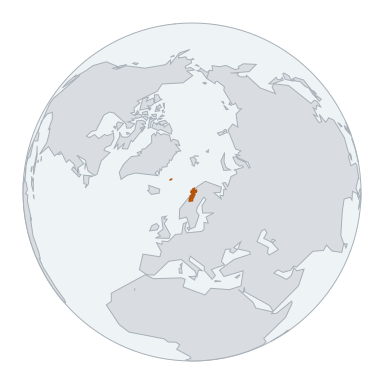 globe centered on Nordland
{"feature_id": "NOR-75", "entity_name": "Nordland", "entity_type": "County", "adm_level": 1, "iso_a3": "NOR", "parent_name": "Norway", "parent_adm1": "", "projection": "orthographic", "projection_center": [13.986, 68.065], "detail": "fine", "context": "on_globe", "style": "filled", "palette": "amber", "viewbox_px": 384, "rotation_deg": 0, "n_neighbors": 0, "source": "natural_earth", "source_scale": "10m", "svg_char_len": 15784}
<svg xmlns="http://www.w3.org/2000/svg" viewBox="0 0 384 384"><circle cx="192" cy="192" r="169" fill="#eef3f6" stroke="#a8b0b8"/><path d="M23.3,182.1L23.5,184.7L24.9,177.0L25.4,172.6L25.0,170.9L27.9,155.2L30.9,147.1L49.7,103.5L53.7,98.0L57.1,95.3L80.0,75.3L62.4,87.8L68.1,81.6L75.8,75.3L75.3,76.8L85.6,70.9L93.0,65.6L106.4,61.8L117.6,66.5L112.9,68.3L116.2,69.4L122.2,67.3L125.5,65.7L144.8,68.2L165.4,64.7L170.6,59.9L170.5,64.0L179.5,52.8L189.9,49.5L178.9,55.6L178.4,58.0L185.8,56.8L186.8,59.1L191.0,59.9L191.6,62.8L185.2,66.4L185.4,68.4L190.7,67.5L194.5,70.0L186.8,71.0L192.8,75.5L183.1,82.8L162.0,84.0L157.3,91.2L137.4,101.0L139.9,102.9L134.0,108.0L134.6,112.1L130.8,113.0L134.7,115.5L138.1,114.0L140.9,114.7L141.7,117.0L136.8,118.4L135.8,117.5L134.7,119.1L132.0,118.9L133.7,120.3L127.8,121.9L134.7,123.8L130.8,128.0L126.6,128.1L125.8,123.5L113.9,113.0L109.4,112.0L103.9,115.1L96.0,130.4L91.5,131.4L86.4,136.1L89.4,137.6L94.5,134.5L98.8,138.6L104.6,134.5L107.2,135.6L113.6,133.4L113.9,138.8L110.8,145.2L105.5,147.4L103.9,150.4L110.0,152.5L101.2,160.8L97.2,173.9L94.8,175.6L88.1,171.1L85.4,160.2L76.8,155.2L83.7,163.7L77.5,168.1L77.0,171.1L78.1,174.0L81.0,174.4L79.1,177.1L71.6,169.5L73.2,166.9L75.6,169.3L74.2,164.3L69.2,159.6L66.4,162.4L61.6,152.9L59.6,154.8L57.4,154.0L61.0,151.4L54.5,155.9L48.5,146.7L39.6,154.3L46.9,142.3L48.7,135.7L50.0,128.5L48.5,129.5L52.3,119.0L52.3,112.3L47.1,114.0L41.6,121.2L37.9,132.2L39.1,133.3L37.8,140.9L33.6,141.0L30.4,155.9L27.7,159.0L26.1,165.4L25.7,171.9L25.0,180.3L26.2,182.8L27.5,189.8L25.6,193.7L27.8,194.9L27.4,201.4L31.0,217.9L30.3,217.5L33.0,235.8L38.9,252.7L40.3,258.9L39.3,258.8L42.0,264.4L42.1,265.5L55.5,287.2L64.6,299.9L65.8,303.2L61.1,298.9L61.2,299.0L53.6,288.9L46.8,278.4L40.8,267.3L35.6,255.9L31.3,244.1L27.8,232.0L25.3,219.7L23.7,207.2L23.1,194.6L23.3,182.1ZM37.1,155.7L33.6,174.8L33.2,166.1L33.7,167.2L35.1,161.9L36.8,153.1L37.1,145.8L37.1,155.7ZM174.1,24.0L175.1,23.9L173.9,24.0L174.1,24.0ZM41.0,159.3L41.4,156.3L41.3,159.0L41.0,159.3ZM126.7,64.6L122.2,67.0L116.4,68.2L120.0,65.9L126.7,64.6ZM138.0,63.3L136.2,64.9L132.8,63.3L134.9,62.8L138.0,63.3ZM174.1,56.1L170.3,57.2L173.7,55.4L174.1,56.1ZM191.5,59.5L192.3,58.5L194.1,59.4L191.5,59.5ZM112.9,130.7L113.2,132.0L111.9,131.7L112.9,130.7ZM115.4,128.5L113.7,127.2L114.6,126.0L115.7,126.8L115.4,128.5ZM196.7,64.7L199.4,66.5L195.5,65.3L196.7,64.7ZM117.4,130.5L116.5,124.0L118.2,121.9L123.6,123.4L117.4,130.5ZM200.3,67.9L207.0,72.4L209.3,70.5L206.7,78.5L201.8,71.9L196.7,70.7L200.0,69.9L200.3,67.9ZM138.9,112.5L135.2,114.3L137.6,110.7L138.9,112.5ZM139.7,110.1L142.8,98.5L148.5,97.2L146.3,101.3L153.2,98.1L154.4,103.1L150.9,106.0L147.0,105.8L150.4,107.9L139.7,110.1ZM204.1,82.3L204.8,84.0L202.9,82.9L204.1,82.3ZM142.3,114.7L142.4,112.4L147.3,111.1L148.0,115.4L146.2,114.4L142.3,114.7ZM154.4,94.8L158.1,94.7L160.2,98.7L161.9,99.3L154.9,103.1L154.4,94.8ZM145.4,115.9L148.2,117.7L146.5,120.5L142.5,116.8L145.4,115.9ZM148.4,108.9L150.7,108.6L149.6,110.2L148.4,108.9ZM142.1,131.5L142.2,128.7L144.7,127.7L142.1,131.5ZM149.3,118.2L149.9,117.2L150.9,116.6L152.4,118.3L149.3,118.2ZM156.8,105.8L156.9,107.5L159.8,104.4L161.5,107.4L156.5,109.5L159.3,109.8L159.8,110.8L155.2,111.4L156.8,105.8ZM156.9,118.1L151.1,122.0L150.5,127.4L148.1,128.3L149.6,119.5L156.9,118.1ZM156.3,114.1L156.1,116.8L153.3,116.6L151.7,114.6L156.3,114.1ZM164.4,108.7L163.1,103.6L164.3,103.3L164.4,108.7ZM157.3,119.7L158.6,118.8L157.5,120.1L157.3,119.7ZM162.8,112.1L162.2,110.3L163.5,110.0L162.8,112.1ZM161.9,118.4L160.0,119.6L158.9,118.3L161.9,118.4ZM162.8,115.6L164.7,115.7L159.6,117.1L162.3,114.8L162.8,115.6ZM164.1,112.2L164.7,111.4L164.2,113.0L164.1,112.2ZM167.4,122.9L161.2,125.0L158.6,122.0L165.0,120.3L167.4,122.9ZM190.3,361.0L185.4,360.1L191.0,358.4L189.8,356.4L176.7,349.3L179.7,344.7L175.9,342.2L168.3,342.0L163.8,338.7L159.1,337.9L129.0,332.1L119.3,324.7L106.3,305.0L111.4,301.2L111.3,293.2L145.3,274.7L153.6,278.7L181.5,277.9L185.2,279.3L183.1,286.9L205.0,295.0L210.7,288.3L229.4,289.6L241.0,286.0L243.2,270.8L224.0,276.5L219.5,270.2L234.0,259.5L250.5,254.1L249.3,251.5L237.9,249.0L240.7,241.9L233.8,247.5L237.3,249.6L233.1,253.2L229.6,251.6L230.8,249.1L225.5,249.3L221.4,261.4L224.6,264.8L211.4,269.5L215.4,275.6L212.1,279.3L204.2,270.3L204.2,266.4L190.3,256.2L189.0,260.6L202.1,270.7L198.5,270.2L196.9,276.6L195.2,271.3L181.3,259.5L168.7,261.3L154.3,275.1L146.6,274.7L139.4,269.6L143.0,254.1L159.8,256.8L161.3,251.6L156.5,242.7L162.0,244.4L162.1,241.1L168.3,241.6L175.6,234.4L181.7,233.9L183.3,223.7L186.6,222.2L184.8,228.6L186.7,232.9L201.7,231.4L204.2,228.9L204.0,222.5L208.2,223.0L206.1,217.0L214.0,212.9L202.6,213.0L202.0,205.7L206.1,199.4L203.8,197.1L197.2,207.5L196.4,211.7L199.1,215.2L195.1,227.0L190.3,229.1L186.6,217.1L179.3,219.0L179.6,209.0L197.3,186.6L205.3,181.3L221.5,187.2L220.4,192.4L214.0,192.8L221.1,198.9L220.0,195.3L223.4,195.8L223.8,189.3L226.2,189.4L222.4,183.1L225.4,182.5L227.8,186.5L231.0,176.6L236.9,173.7L236.5,171.4L234.3,169.9L243.3,167.4L242.6,165.8L239.3,166.0L235.7,163.2L232.8,157.2L236.1,156.7L237.6,158.8L245.7,162.4L249.1,168.2L250.2,167.4L248.0,162.3L238.1,157.8L235.5,154.4L240.4,155.7L238.4,155.0L238.1,153.1L240.9,150.8L235.6,149.0L228.0,130.1L232.7,124.0L237.9,127.2L236.0,114.1L241.4,108.7L238.4,108.9L235.5,103.0L233.7,104.6L232.1,104.2L223.8,90.3L224.4,86.8L217.4,81.3L215.8,81.5L215.0,83.7L206.7,78.5L209.3,70.5L212.7,70.6L212.0,65.7L219.8,66.7L226.0,65.4L235.0,69.6L239.1,68.4L238.3,66.6L243.4,63.8L256.3,64.4L249.1,71.6L230.4,73.1L238.3,73.0L237.5,75.4L240.9,76.9L246.4,76.8L246.5,75.3L260.3,88.0L275.5,93.7L272.1,87.0L274.2,83.8L288.5,85.5L311.1,103.5L314.2,100.2L317.2,101.3L320.8,106.9L316.5,105.4L316.3,109.4L313.3,107.8L317.7,116.6L313.6,114.7L319.0,122.6L321.6,121.6L319.3,114.4L325.7,122.3L328.8,117.8L333.8,120.2L344.4,137.8L348.2,151.7L349.4,153.5L348.5,157.1L350.9,165.8L355.6,163.1L356.8,165.3L359.0,179.4L358.4,178.2L356.0,187.7L358.2,194.7L360.1,188.7L360.9,189.9L360.6,196.0L359.5,195.5L358.6,198.7L356.9,193.5L352.5,191.4L352.0,200.2L350.2,197.3L344.1,199.0L342.3,211.5L340.8,235.2L343.7,243.7L341.8,252.4L332.0,251.0L326.4,245.0L323.6,250.4L312.9,251.3L296.6,267.1L293.6,266.0L290.7,270.2L283.0,272.4L278.1,269.8L273.8,273.0L286.6,279.4L291.2,275.7L294.0,267.7L296.8,270.8L304.1,269.1L298.5,285.8L273.2,311.3L269.6,305.5L244.6,291.7L244.7,288.6L244.5,288.3L244.2,287.8L243.0,293.2L238.3,289.5L252.9,302.2L255.8,308.1L272.8,311.9L271.5,313.7L276.7,313.2L291.7,301.1L292.1,303.3L285.6,317.3L263.7,338.5L266.0,341.6L263.4,344.7L248.5,351.2L237.2,354.8L225.7,357.6L214.0,359.5L202.2,360.7L190.3,361.0ZM135.0,288.2L134.4,290.8L135.0,288.2ZM269.2,255.0L278.4,249.6L272.3,242.9L275.3,240.3L272.1,239.1L271.8,242.4L263.7,238.3L266.9,232.8L264.8,229.2L261.6,230.9L257.0,241.6L268.5,247.5L267.3,252.6L269.2,255.0ZM31.2,218.3L31.4,221.1L30.6,218.4L31.2,218.3ZM31.8,166.3L31.7,169.8L31.2,172.1L31.1,169.7L31.8,166.3ZM33.7,195.0L34.2,199.2L33.2,195.4L33.7,195.0ZM33.3,177.8L33.3,191.7L31.5,184.9L31.7,176.2L32.3,181.3L33.3,177.8ZM38.5,159.8L38.1,162.2L37.4,162.2L38.5,159.8ZM40.9,161.3L40.9,160.6L41.6,159.0L40.9,161.3ZM78.0,168.5L78.5,169.2L79.0,172.4L77.6,171.4L78.0,168.5ZM88.4,184.0L85.2,188.0L86.5,184.4L83.9,183.6L83.4,175.2L93.5,176.0L89.0,177.1L88.4,184.0ZM85.6,164.4L84.8,169.5L85.3,163.9L85.6,164.4ZM156.5,223.5L159.1,226.2L157.3,229.8L149.6,230.9L152.0,225.6L156.5,223.5ZM163.1,229.1L161.6,217.1L166.3,216.1L163.9,218.7L167.2,219.2L164.2,223.5L170.2,234.5L169.1,238.4L155.4,238.0L160.5,235.9L157.7,233.4L163.1,229.1ZM149.3,190.0L148.7,185.3L159.8,189.2L159.1,193.2L151.3,194.4L147.6,190.4L149.3,190.0ZM127.2,134.5L126.3,132.8L127.6,132.4L129.5,133.5L127.2,134.5ZM141.9,130.3L132.7,141.8L131.2,140.3L127.6,149.0L122.2,148.7L124.6,143.0L117.8,149.4L117.9,144.1L113.7,148.9L119.8,136.3L119.5,132.0L121.9,136.9L126.9,137.3L129.0,136.2L134.8,129.9L136.7,121.0L142.0,120.2L145.2,121.9L145.6,123.9L142.0,123.8L145.0,126.6L140.1,128.0L141.9,130.3ZM179.8,145.7L175.5,144.3L180.7,150.9L175.9,152.0L176.8,152.7L173.7,155.5L171.6,160.3L169.2,160.0L169.4,162.0L167.4,164.0L166.9,166.7L162.4,167.2L161.4,170.6L159.9,168.9L159.3,174.6L157.8,170.7L155.0,173.0L158.0,175.6L135.4,173.0L127.1,175.3L121.1,179.4L119.2,172.4L123.6,164.2L131.3,156.6L139.5,155.6L137.2,152.7L140.4,151.4L140.9,154.2L142.1,149.1L144.9,148.8L151.7,142.6L151.6,135.7L154.1,133.3L155.6,135.9L157.0,131.8L161.4,135.1L163.3,133.6L169.5,135.4L171.1,141.4L173.1,139.2L177.9,140.6L179.8,145.7ZM169.1,123.6L172.1,130.3L171.0,134.3L160.7,129.5L158.4,130.5L151.8,127.7L153.6,122.1L155.3,123.4L157.4,123.3L156.0,125.1L158.7,123.6L161.2,125.4L163.9,124.8L164.2,127.1L169.1,123.6ZM188.7,276.3L191.4,276.6L195.6,276.0L194.6,280.1L188.7,276.3ZM179.0,268.4L181.4,267.9L182.1,273.3L179.3,273.1L179.0,268.4ZM182.1,263.2L181.5,267.5L180.1,265.0L182.1,263.2ZM186.9,227.8L189.3,227.0L189.8,228.4L188.8,230.7L186.9,227.8ZM194.1,166.3L191.9,164.7L192.4,163.6L190.1,158.0L193.5,156.9L196.3,159.8L194.1,166.3ZM240.3,274.4L237.3,278.2L235.3,277.5L236.8,276.3L240.3,274.4ZM215.1,280.6L221.2,281.3L214.8,281.7L215.1,280.6ZM197.4,164.1L196.1,161.9L198.6,162.7L197.4,164.1ZM195.9,155.8L198.8,156.2L193.7,156.1L195.9,155.8ZM271.4,341.1L274.2,339.3L282.8,334.1L287.3,330.4L289.0,330.2L285.3,332.9L271.4,341.1ZM360.6,203.4L358.3,209.6L359.2,203.9L361.0,192.3L361.0,192.8L360.6,203.4ZM358.3,162.2L355.3,149.0L354.6,146.2L358.3,162.2ZM344.3,243.6L347.3,244.1L345.9,247.9L344.3,243.6ZM351.9,138.7L354.8,147.4L351.6,138.4L351.9,138.7ZM349.0,132.3L349.7,133.2L349.7,134.4L349.0,132.3ZM351.1,155.4L351.7,159.9L350.9,159.1L349.6,152.9L351.1,155.4ZM337.7,122.4L340.8,124.8L342.0,126.5L340.8,126.9L337.7,122.4ZM224.6,152.5L224.0,161.5L225.9,167.4L230.4,169.9L223.7,170.4L220.9,161.2L224.6,152.5ZM227.2,132.9L223.2,130.9L225.1,129.4L226.2,129.6L227.2,132.9ZM224.8,133.4L219.6,135.6L217.4,133.0L221.9,131.7L224.8,133.4ZM208.6,149.8L208.2,152.5L206.2,151.7L208.6,149.8ZM349.6,131.1L349.7,131.3L351.5,136.2L347.0,124.9L347.0,124.7L349.6,131.1ZM348.2,128.0L350.0,132.6L347.6,126.9L348.2,128.0ZM350.0,132.9L349.3,131.9L348.4,129.0L350.0,132.9ZM347.5,126.1L345.7,122.9L346.0,122.8L347.5,126.1ZM347.5,130.0L346.9,125.7L349.2,133.3L345.4,129.2L344.2,125.4L347.5,130.0ZM316.3,93.9L314.5,93.8L312.3,90.4L314.2,91.4L316.3,93.9ZM303.4,79.9L311.1,89.5L317.0,97.7L316.9,95.9L321.3,99.1L319.5,101.1L312.8,94.2L309.0,88.3L305.0,86.3L300.2,81.6L296.0,81.1L292.7,78.9L295.3,77.5L303.4,79.9ZM294.3,81.3L285.3,79.4L282.7,73.9L284.1,73.0L289.3,76.2L290.4,78.9L294.3,81.3ZM282.3,77.4L283.2,80.1L271.9,84.1L268.9,83.7L276.1,77.3L277.4,79.6L280.6,79.6L282.3,77.4ZM206.4,83.3L204.9,83.9L205.4,82.4L206.4,83.3ZM231.2,105.2L229.0,104.5L229.6,102.7L231.2,105.2ZM223.2,101.6L224.1,104.1L221.8,101.6L223.2,101.6ZM226.2,109.8L223.7,105.2L228.1,109.3L226.2,109.8Z" fill="#d9dde1" stroke="#a8b0b8" stroke-width="1"/><path d="M196.5,190.5L196.5,190.9L196.6,191.4L196.3,192.1L195.7,191.8L195.1,192.4L194.8,193.4L194.5,193.6L194.4,193.9L194.8,194.5L194.8,194.9L194.4,195.4L193.7,196.6L193.8,197.3L193.3,197.6L192.7,197.7L192.8,198.7L192.7,199.0L192.7,200.1L192.5,200.3L192.4,200.7L191.0,200.7L190.5,201.2L189.8,201.0L189.8,200.9L190.3,200.6L190.7,200.1L190.2,200.6L190.2,200.4L190.4,200.3L189.8,200.3L190.2,199.9L190.4,200.0L190.2,199.7L190.4,199.9L190.3,199.7L190.5,199.7L190.3,199.7L190.3,199.3L190.2,199.5L190.2,199.3L190.1,199.5L190.0,199.2L190.2,198.9L190.4,199.0L190.5,199.1L190.3,198.8L190.5,198.7L190.3,198.6L190.4,198.3L190.6,198.2L191.0,198.5L191.0,198.2L190.7,198.1L190.9,197.8L190.4,197.9L191.5,197.4L191.4,197.5L191.5,197.5L191.5,197.8L191.8,197.7L191.6,197.5L192.2,197.2L191.6,197.4L191.5,197.2L190.9,197.6L191.0,197.3L191.5,197.2L191.2,197.0L190.9,197.1L191.0,196.9L191.0,196.7L190.8,196.5L191.0,196.5L191.3,196.7L191.2,196.7L191.6,196.6L191.4,196.4L191.7,196.3L191.1,196.5L191.1,196.3L191.3,196.2L191.0,196.2L191.5,196.2L191.1,196.0L191.7,196.0L191.9,195.9L191.5,196.0L191.5,195.9L191.4,195.8L192.0,195.8L191.7,195.6L191.5,195.4L192.0,195.2L191.9,195.3L192.0,195.4L192.1,195.0L192.3,195.2L192.7,195.1L192.3,194.9L192.4,194.7L192.5,194.6L192.5,194.8L192.9,194.8L192.6,194.6L193.1,194.5L193.2,194.8L193.1,194.7L193.3,194.5L193.6,194.7L193.6,194.8L193.6,194.5L194.0,194.6L193.2,194.4L193.3,194.2L192.8,194.5L192.7,194.5L192.8,194.3L192.4,194.4L192.7,193.9L193.0,194.0L193.2,193.8L192.9,193.8L192.8,193.7L193.2,193.4L193.3,193.5L193.2,193.5L193.4,193.6L193.3,193.9L193.6,193.7L193.9,194.3L193.9,194.2L193.7,193.7L194.2,193.5L193.4,193.6L193.4,193.4L193.7,193.4L193.3,193.3L193.5,193.1L193.9,193.1L193.6,193.0L193.8,192.9L194.0,193.1L193.8,192.9L193.6,192.8L193.6,192.6L193.3,193.0L193.0,193.2L192.8,193.2L193.0,193.1L192.9,193.0L193.3,192.9L192.9,192.7L193.2,192.6L193.4,192.6L193.7,192.4L193.7,192.5L194.0,192.3L194.1,192.5L194.3,192.1L194.1,192.1L193.8,192.1L193.7,192.0L193.4,192.1L193.8,191.7L193.9,191.9L193.8,192.0L194.0,191.9L194.2,191.4L194.3,191.7L194.3,192.1L194.5,192.5L194.8,192.7L194.5,192.5L194.5,192.2L194.8,192.4L194.6,192.1L194.8,192.2L194.6,192.0L195.0,191.9L194.5,191.9L194.9,191.6L194.7,191.5L194.4,191.5L194.6,191.4L194.3,191.3L194.5,191.2L195.1,191.7L194.8,191.3L194.4,191.1L194.9,190.9L195.1,191.0L195.4,191.0L195.7,191.3L195.7,191.6L195.8,191.4L195.5,191.1L195.5,190.9L196.2,190.9L195.8,190.8L195.8,190.5L195.3,190.8L195.4,190.7L195.2,190.6L194.7,190.8L194.7,190.6L196.4,190.2L196.5,190.5ZM194.7,190.4L194.3,190.6L194.1,191.1L194.0,190.7L193.9,190.9L194.0,191.0L193.9,190.9L193.8,191.3L193.5,191.1L193.8,190.8L193.7,190.7L193.6,190.9L193.2,191.4L193.3,190.9L193.5,190.8L193.4,190.8L193.5,190.7L193.3,190.6L193.8,190.4L193.6,190.0L193.8,190.1L193.6,190.0L193.6,189.8L193.8,189.7L193.7,189.6L193.8,189.3L194.0,189.3L193.9,190.0L193.8,190.3L193.8,190.8L194.1,190.4L194.7,190.4ZM192.4,190.2L192.6,190.0L192.5,189.8L192.6,190.0L192.7,189.7L192.7,190.0L193.0,189.9L193.0,189.6L193.1,189.8L193.1,189.7L193.2,189.8L193.1,189.3L193.2,189.2L193.3,189.5L193.5,189.7L193.4,189.8L193.5,190.0L193.2,190.5L192.9,190.4L193.3,190.1L193.2,190.0L193.1,189.9L193.2,190.0L192.9,190.2L192.7,190.1L192.6,190.4L192.4,190.2ZM171.6,179.2L171.4,179.5L170.8,179.5L170.3,179.8L170.3,179.6L171.0,179.4L171.3,179.1L171.6,179.2ZM193.3,190.8L192.8,191.4L192.9,191.2L192.7,191.5L192.2,191.7L192.4,191.5L192.4,191.4L192.6,191.3L192.4,191.1L192.7,191.1L192.7,190.9L192.8,191.1L192.8,190.9L192.9,191.0L193.0,190.9L193.3,190.8ZM193.6,189.5L193.5,189.3L193.7,188.9L194.1,188.4L194.3,188.3L194.2,188.8L194.0,189.1L193.6,189.2L193.6,189.5ZM192.0,191.4L192.1,191.7L191.8,191.7L191.8,191.8L191.7,191.8L191.7,192.0L191.6,191.8L191.5,192.1L191.4,192.0L191.6,191.7L191.4,191.8L191.5,191.7L191.4,191.6L191.6,191.5L191.6,191.3L191.8,191.4L192.0,191.2L192.0,191.4ZM189.9,199.3L190.2,199.8L189.6,200.3L189.7,199.9L189.8,199.9L190.0,199.6L189.8,199.6L189.9,199.3ZM191.0,191.9L191.0,192.1L191.0,192.4L190.9,192.3L191.0,192.4L190.9,192.5L190.7,192.7L191.0,191.9ZM194.4,190.6L194.7,190.8L194.3,191.0L194.4,190.6ZM190.2,198.1L190.7,198.0L190.1,198.4L190.2,198.1ZM189.8,200.6L189.7,200.8L189.5,200.7L189.8,200.4L189.9,200.5L189.8,200.6ZM193.0,190.7L192.7,190.5L193.1,190.5L193.0,190.7ZM190.4,197.8L190.0,198.0L190.3,197.6L190.1,197.6L190.3,197.4L190.4,197.6L190.4,197.8ZM191.2,191.8L191.4,191.8L191.3,192.2L191.1,192.2L191.2,191.9L191.3,192.0L191.2,191.8ZM189.6,199.0L189.5,199.3L189.3,199.2L189.4,198.9L189.6,199.0ZM192.3,194.7L192.2,195.1L192.0,194.9L192.3,194.7ZM193.4,192.3L193.1,192.4L193.2,192.2L193.3,192.3L193.4,192.3ZM194.1,192.1L193.7,192.2L193.8,192.1L194.1,192.1ZM192.1,191.3L192.3,191.4L192.2,191.5L192.1,191.3ZM190.7,197.2L190.6,197.4L190.6,197.2L190.7,197.2ZM190.8,196.7L190.7,197.0L190.6,196.9L190.8,196.7ZM193.1,191.4L192.9,191.5L193.0,191.3L193.1,191.4ZM193.1,189.5L192.9,189.6L193.0,189.4L193.1,189.5ZM192.4,193.8L192.4,194.0L192.4,193.8ZM193.3,192.3L193.4,192.1L193.3,192.3ZM189.6,200.8L189.7,201.0L189.6,200.8Z" fill="#f59e0b" stroke="#b45309" stroke-width="1.5"/></svg>